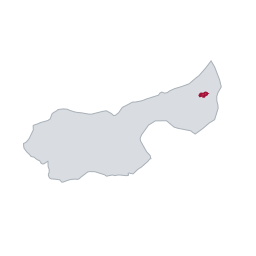 Turlavas pag., Kuldigas, Latvia (highlighted), rotated 157°
{"feature_id": "27541924B11045526003149", "entity_name": "Turlavas pag.", "entity_type": "district", "adm_level": 2, "iso_a3": "LVA", "parent_name": "Latvia", "parent_adm1": "Kuldigas", "projection": "natural_earth1", "projection_center": [21.723, 56.833], "detail": "fine", "context": "in_parent", "style": "filled", "palette": "rose", "viewbox_px": 256, "rotation_deg": 157, "n_neighbors": 0, "source": "geoboundaries", "source_scale": "gbopen_adm2", "svg_char_len": 3284}
<svg xmlns="http://www.w3.org/2000/svg" viewBox="0 0 256 256"><g transform="rotate(157 128 128)"><path d="M185.8,172.2L184.3,172.1L180.2,170.9L176.7,169.1L174.6,166.9L170.9,163.7L168.5,162.1L164.8,160.1L158.5,156.0L156.3,155.0L145.3,153.3L141.3,152.4L137.6,147.8L136.4,145.1L134.6,144.6L132.7,145.2L130.6,145.7L125.7,148.9L124.1,149.3L121.1,149.4L113.9,150.1L110.7,148.9L105.0,147.7L102.0,147.5L99.3,147.5L87.2,146.3L85.1,147.6L82.9,147.9L80.7,145.8L78.0,145.2L75.1,145.9L69.7,146.0L63.3,145.3L55.2,144.8L54.0,145.0L45.0,147.8L42.8,148.2L33.0,152.9L25.3,157.3L24.4,150.3L24.9,136.3L26.1,129.4L31.5,125.3L34.1,122.2L35.7,118.0L36.2,114.2L37.3,111.0L45.0,101.8L51.1,100.9L59.3,98.3L68.5,96.2L70.3,98.9L71.3,100.9L82.4,108.4L85.3,110.9L89.7,119.6L100.0,123.9L108.1,122.6L111.6,120.4L118.1,116.5L121.0,113.6L121.5,110.9L120.2,99.1L118.4,94.0L118.9,90.8L120.0,91.0L122.8,89.5L131.7,86.6L133.5,86.5L135.6,85.9L141.2,83.8L143.1,84.9L144.6,86.2L145.5,86.2L145.9,85.7L145.7,84.9L146.1,84.3L147.8,84.6L154.4,88.2L157.0,89.0L158.7,89.3L160.8,90.9L166.5,92.0L167.2,92.9L167.7,94.0L173.0,98.5L175.5,100.7L180.2,102.8L182.2,103.3L190.4,101.2L192.6,100.4L194.5,100.4L196.5,101.6L200.9,103.0L204.9,103.5L205.6,103.4L209.0,103.6L210.2,104.1L211.1,107.0L215.0,109.3L218.6,111.2L219.5,112.1L219.9,113.7L219.7,115.7L219.3,116.7L217.9,117.9L216.7,120.8L216.6,123.7L214.7,128.6L215.1,128.7L219.4,127.8L220.7,128.3L221.7,129.4L222.1,132.4L223.5,133.8L225.0,136.0L225.6,137.6L228.4,139.7L228.6,140.9L230.5,145.5L231.2,148.2L231.6,150.2L230.9,152.8L230.2,154.6L229.3,154.5L226.9,154.9L223.0,157.0L217.3,162.0L215.9,163.2L214.5,167.0L214.1,167.4L210.7,167.2L209.8,167.1L206.4,167.2L198.9,166.2L196.1,166.8L192.4,170.7L190.9,171.2L186.6,171.8L185.8,172.2Z" fill="#d9dde1" stroke="#a8b0b8" stroke-width="1"/><path d="M49.4,130.1L49.5,130.1L49.4,129.8L49.6,129.8L49.6,129.4L49.6,129.5L49.6,129.3L49.6,129.2L49.4,129.0L49.4,128.9L49.2,128.9L48.9,128.8L48.5,128.7L48.3,128.7L48.0,128.7L47.9,128.8L47.7,128.7L46.9,128.5L46.7,128.4L46.4,128.3L46.5,128.3L46.4,128.2L46.5,128.1L46.6,127.9L46.5,127.7L46.8,127.6L47.0,127.5L46.9,127.5L46.9,127.4L46.7,127.4L46.6,127.2L46.4,127.2L46.2,127.1L46.0,126.9L45.9,126.8L45.7,126.8L45.4,126.8L45.1,127.0L45.2,127.3L45.3,127.4L45.3,127.5L45.2,127.6L45.2,127.8L45.3,127.9L45.2,128.0L45.0,128.3L44.9,128.4L44.8,128.5L44.6,128.3L44.3,128.3L44.0,128.1L44.0,127.9L43.9,127.7L43.7,127.6L43.4,127.6L43.2,127.7L43.1,127.8L43.0,127.7L42.9,127.7L42.7,127.6L42.4,127.6L42.2,127.7L42.1,127.8L42.1,128.0L41.9,128.2L41.8,128.3L41.7,128.3L41.6,128.5L41.4,128.5L41.2,128.6L41.3,128.6L41.2,128.6L41.3,128.7L41.5,128.8L41.6,129.0L41.4,129.2L41.4,129.3L41.5,129.3L41.8,129.7L42.0,129.9L42.1,130.0L42.2,130.3L42.5,130.4L42.5,130.5L42.8,130.6L43.0,130.5L43.3,130.6L43.5,130.6L43.8,130.4L43.9,130.5L44.0,130.4L44.3,130.2L44.5,130.0L44.8,130.0L45.0,130.1L44.9,130.1L45.0,130.2L45.1,130.3L45.3,130.5L45.5,130.3L45.8,130.4L46.0,130.5L46.3,130.7L46.5,130.6L46.8,130.5L46.8,130.8L46.9,131.0L47.2,131.2L47.3,131.3L47.4,131.2L47.4,131.3L47.6,131.2L47.8,131.2L48.0,131.2L47.9,131.0L47.9,130.9L48.2,130.9L48.5,130.8L48.5,130.6L49.0,130.6L49.0,130.4L48.9,130.3L49.0,130.2L48.8,130.0L49.0,129.7L49.2,129.8L49.3,129.9L49.1,130.0L49.3,130.1L49.4,130.1Z" fill="#f43f5e" stroke="#9f1239" stroke-width="1.5"/></g></svg>